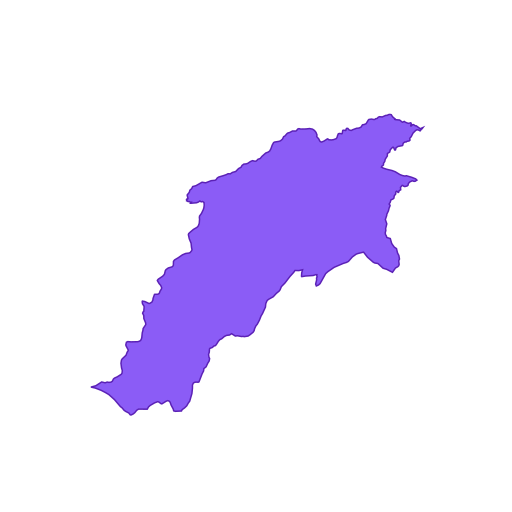 Chinácota, Norte de Santander, Colombia (Albers equal-area conic projection), rotated 54°
{"feature_id": "7082276B37523182527057", "entity_name": "Chinácota", "entity_type": "district", "adm_level": 2, "iso_a3": "COL", "parent_name": "Colombia", "parent_adm1": "Norte de Santander", "projection": "albers", "projection_center": [-72.587, 7.578], "detail": "fine", "context": "isolated", "style": "filled", "palette": "violet", "viewbox_px": 512, "rotation_deg": 54, "n_neighbors": 0, "source": "geoboundaries", "source_scale": "gbopen_adm2", "svg_char_len": 6063}
<svg xmlns="http://www.w3.org/2000/svg" viewBox="0 0 512 512"><g transform="rotate(54 256 256)"><path d="M349.4,155.2L347.7,150.2L348.0,147.7L347.8,146.3L346.9,145.1L343.8,143.4L342.8,141.7L339.5,140.1L336.7,139.7L332.6,138.0L330.1,138.9L327.0,138.9L325.5,138.8L320.8,137.1L317.9,139.3L316.6,138.8L314.7,138.6L313.2,137.8L311.7,136.0L310.0,135.0L306.9,131.3L302.5,129.9L300.1,126.5L299.1,125.6L297.3,122.3L295.5,120.2L294.2,118.1L293.7,117.7L292.4,117.8L292.0,117.4L291.6,116.1L289.9,113.8L290.4,111.8L290.3,110.5L288.6,108.8L287.9,106.4L287.1,106.0L286.2,104.8L286.2,104.2L286.9,103.8L288.1,103.7L288.3,103.3L287.3,101.7L287.5,100.0L285.4,98.8L284.8,96.2L285.2,95.8L286.3,95.5L287.3,94.8L288.2,92.5L288.1,91.4L286.9,90.1L286.5,88.0L287.0,85.4L288.5,84.3L289.1,83.3L289.2,81.2L287.4,81.5L283.8,83.8L279.4,87.2L278.9,88.5L277.0,90.2L274.7,91.7L269.7,93.8L266.8,95.7L262.6,99.3L259.8,101.3L257.8,102.3L257.3,101.3L257.4,100.0L257.2,99.3L255.9,98.3L255.2,96.3L253.7,94.6L252.3,91.0L250.3,89.4L250.5,86.8L248.9,84.8L248.4,81.9L248.5,81.2L249.2,80.9L251.7,81.5L252.1,81.2L252.1,80.7L250.8,79.2L250.8,76.8L252.7,72.8L252.7,72.3L251.3,70.6L251.2,69.9L251.3,68.5L252.0,67.5L252.0,66.4L252.9,64.6L252.9,63.7L252.7,63.2L251.5,62.8L251.1,62.2L250.7,60.3L248.9,56.8L248.3,53.1L248.5,51.5L250.0,50.2L251.1,49.8L251.3,49.4L250.6,48.0L250.7,47.0L250.2,45.4L249.7,47.7L249.3,48.4L244.9,49.8L244.3,50.6L242.3,51.3L241.8,52.1L242.1,53.8L241.8,54.3L241.3,54.1L240.4,52.7L239.2,52.5L238.4,54.5L237.7,55.2L235.6,56.5L234.2,57.0L234.0,58.6L233.8,58.9L230.4,59.9L227.5,63.2L227.1,63.4L226.8,62.9L226.3,63.3L225.3,63.2L223.6,63.7L221.2,63.5L220.1,64.5L219.5,65.7L219.3,67.2L218.5,68.4L217.7,72.1L215.9,74.2L215.6,75.4L215.9,77.2L215.3,78.4L215.3,79.6L215.0,80.3L213.1,82.1L211.9,84.4L212.0,85.2L213.7,89.2L213.1,91.5L212.5,92.5L212.5,93.0L213.4,95.0L213.2,96.8L212.7,98.1L211.8,99.5L210.7,103.4L210.4,105.2L208.9,106.5L206.8,106.7L206.1,107.4L206.3,108.6L207.1,109.3L207.2,109.7L205.8,111.0L205.4,112.0L207.5,114.2L207.6,114.7L206.0,116.3L205.5,117.5L206.4,119.1L207.8,120.9L208.2,122.2L207.4,124.9L206.5,126.7L205.0,128.5L204.5,128.9L203.6,129.0L203.2,129.4L203.0,133.3L202.4,135.9L201.4,136.7L200.4,136.8L198.0,136.4L195.1,136.7L193.9,135.5L191.2,134.8L188.8,134.9L186.6,135.7L184.4,137.7L182.6,140.9L179.6,145.2L178.2,146.4L177.8,147.6L178.3,149.3L178.3,150.4L176.3,153.0L175.9,156.1L175.2,157.9L175.2,159.0L175.9,162.0L175.7,163.5L177.0,165.9L177.2,168.2L176.9,169.7L174.7,174.1L174.6,175.1L175.8,177.7L178.0,180.9L179.1,183.2L179.1,185.0L178.4,187.6L178.9,192.7L179.6,195.2L178.9,197.6L179.3,199.7L178.9,201.0L176.8,202.8L176.3,205.0L176.2,208.2L175.7,209.8L174.5,211.8L174.5,214.0L175.4,216.0L175.0,218.7L175.7,222.8L174.5,226.0L174.4,228.5L173.0,230.3L172.7,232.3L171.7,235.5L170.2,239.7L170.1,241.4L170.8,243.5L170.7,244.6L168.7,248.0L167.2,253.7L164.6,256.3L163.8,263.3L162.6,266.4L163.7,268.5L163.9,270.8L165.3,272.6L166.1,275.7L166.6,276.1L169.3,277.1L169.5,277.4L169.2,277.5L169.4,278.9L170.0,278.8L170.5,279.7L172.1,278.9L172.6,278.0L173.8,277.6L174.4,276.8L174.8,278.0L174.9,277.9L178.0,272.8L178.5,270.8L178.5,269.1L180.0,268.5L180.5,267.2L182.1,266.6L184.4,268.0L186.3,269.8L187.5,271.4L189.5,275.1L190.5,278.2L191.7,279.3L193.0,280.0L196.2,282.7L197.6,284.8L198.0,285.9L198.1,287.2L197.7,291.0L198.0,294.9L198.3,297.3L199.0,298.2L202.9,299.9L207.5,301.0L210.9,303.0L213.3,304.1L213.9,305.0L214.5,307.4L214.2,308.5L212.6,311.4L211.8,314.8L211.7,319.8L211.3,324.2L211.8,325.9L214.9,328.3L215.5,329.7L215.3,330.7L214.1,334.0L214.1,336.8L214.5,337.9L217.0,340.9L217.5,343.5L217.3,348.6L217.6,349.8L217.9,350.3L221.4,350.6L223.5,350.4L224.9,350.6L226.3,351.0L227.1,351.9L228.0,354.2L229.3,356.1L229.4,357.0L229.1,358.1L227.5,360.3L227.4,360.7L229.8,364.2L231.0,365.3L232.1,367.3L231.9,369.7L231.5,370.5L227.5,372.7L225.7,374.4L226.1,375.0L227.9,375.9L230.8,376.1L231.5,376.5L234.8,379.3L234.9,380.3L235.7,381.4L238.2,381.8L240.7,383.5L245.2,384.6L246.7,385.5L248.3,389.9L249.7,391.2L251.3,393.2L254.8,396.3L255.7,397.4L256.5,399.0L256.4,400.5L255.8,402.1L252.0,407.6L249.9,410.0L249.6,411.5L251.2,413.4L252.1,413.9L256.9,414.6L257.4,415.0L258.1,416.8L259.9,419.5L260.6,424.8L261.2,426.1L263.4,428.3L267.4,430.5L270.1,431.5L272.0,433.2L272.5,434.4L272.2,439.2L271.6,442.2L271.7,443.6L272.9,445.9L272.8,447.5L271.8,449.3L270.5,450.5L269.9,452.6L267.2,454.9L266.8,461.9L265.0,466.6L268.3,463.7L273.7,460.2L277.9,458.1L281.6,456.5L289.1,454.9L298.2,454.2L300.1,453.6L303.4,453.4L305.3,452.7L308.2,451.2L310.6,451.1L311.2,450.5L311.6,448.3L311.5,446.2L310.7,443.2L310.8,441.1L316.0,434.0L314.9,431.6L314.7,429.4L315.2,424.4L315.8,422.1L316.1,421.1L317.1,420.4L319.5,419.7L320.3,419.1L320.7,413.9L321.1,412.5L322.0,411.7L323.8,411.4L326.7,412.3L331.1,412.9L332.9,413.6L334.2,412.6L337.6,407.4L336.9,406.1L336.9,403.0L336.5,400.1L335.2,397.3L334.5,395.0L329.6,388.7L325.7,385.2L323.0,383.2L322.0,381.4L322.1,380.0L322.6,378.9L324.2,376.8L324.3,376.1L319.6,368.8L318.2,366.0L316.4,364.3L316.4,362.0L316.2,361.3L314.4,358.1L313.4,355.6L311.7,353.8L310.1,353.5L307.7,352.2L306.4,350.4L303.9,348.3L303.6,347.7L304.3,345.2L304.1,342.6L304.5,342.0L304.6,341.5L304.4,340.4L302.9,336.6L302.4,334.4L302.8,332.5L302.5,328.9L302.9,326.5L304.4,323.8L304.5,321.4L308.6,319.8L309.6,317.9L312.6,315.1L313.5,313.6L314.3,313.0L316.1,309.5L316.2,307.3L316.0,303.2L315.3,301.4L314.0,299.9L312.5,297.2L311.9,295.0L310.0,291.1L307.4,287.0L306.4,284.6L302.9,278.4L300.3,276.1L298.9,273.8L298.5,272.8L298.5,270.9L299.1,266.0L298.2,261.5L298.0,258.0L297.5,256.4L295.7,253.5L294.9,248.6L292.5,240.5L291.4,235.1L290.6,233.0L293.0,229.9L294.5,226.4L296.5,228.9L299.1,231.1L299.6,231.1L301.3,227.7L305.4,221.2L306.2,218.6L306.9,217.7L307.6,218.4L308.8,218.8L309.4,220.0L310.9,220.9L313.8,224.3L315.7,224.8L316.2,222.4L316.0,220.4L311.2,210.0L310.9,207.1L311.1,199.4L313.3,189.7L314.4,186.5L314.7,184.4L313.4,178.6L313.4,173.8L313.9,172.1L316.0,166.9L316.2,166.7L322.5,166.5L330.0,164.8L331.5,164.0L333.7,161.8L340.6,160.4L343.6,158.1L349.4,155.2Z" fill="#8b5cf6" stroke="#5b21b6" stroke-width="1.5"/></g></svg>